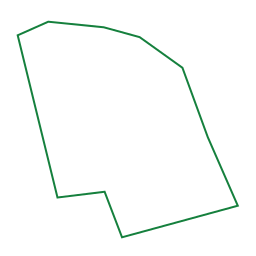 the district of Gulistan city, Sirdaryo, Uzbekistan, rotated 358°
{"feature_id": "79887680B26381938594852", "entity_name": "Gulistan city", "entity_type": "district", "adm_level": 2, "iso_a3": "UZB", "parent_name": "Uzbekistan", "parent_adm1": "Sirdaryo", "projection": "albers", "projection_center": [68.761, 40.473], "detail": "fine", "context": "isolated", "style": "outline", "palette": "green", "viewbox_px": 256, "rotation_deg": 358, "n_neighbors": 0, "source": "geoboundaries", "source_scale": "gbopen_adm2", "svg_char_len": 288}
<svg xmlns="http://www.w3.org/2000/svg" viewBox="0 0 256 256"><g transform="rotate(358 128 128)"><path d="M21.0,31.5L55.1,195.0L102.4,190.9L118.2,237.0L235.0,209.5L207.4,139.9L184.5,69.7L142.8,37.6L107.3,26.5L52.0,19.0L21.0,31.5Z" fill="none" stroke="#15803d" stroke-width="2"/></g></svg>